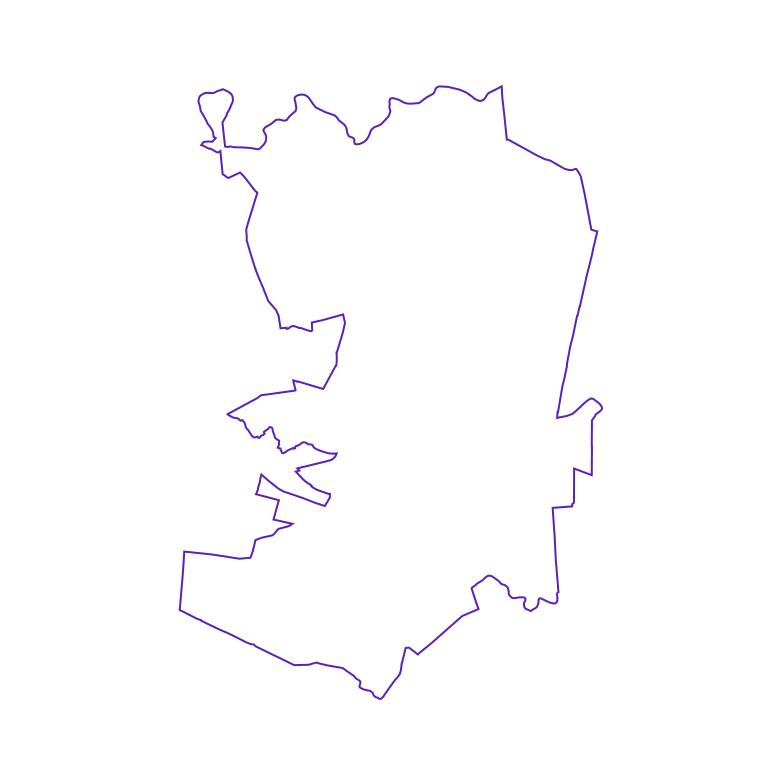 Peris, Ilfov, Romania (Equal Earth projection), rotated 353°
{"feature_id": "2599482B58955255250502", "entity_name": "Peris", "entity_type": "district", "adm_level": 2, "iso_a3": "ROU", "parent_name": "Romania", "parent_adm1": "Ilfov", "projection": "equal_earth", "projection_center": [25.999, 44.686], "detail": "fine", "context": "isolated", "style": "outline", "palette": "violet", "viewbox_px": 768, "rotation_deg": 353, "n_neighbors": 0, "source": "geoboundaries", "source_scale": "gbopen_adm2", "svg_char_len": 6124}
<svg xmlns="http://www.w3.org/2000/svg" viewBox="0 0 768 768"><g transform="rotate(353 384 384)"><path d="M234.3,121.8L231.7,124.6L233.3,125.3L239.1,129.2L240.2,129.1L246.6,133.8L248.2,133.8L250.0,132.8L249.4,156.0L254.5,160.6L266.9,156.6L269.2,159.4L271.5,162.8L279.3,176.1L281.6,178.7L269.3,206.1L266.2,213.6L265.9,215.2L265.8,220.5L265.2,224.8L268.5,244.2L269.9,251.8L270.5,254.0L270.3,254.1L273.0,264.5L275.8,274.1L279.3,287.8L280.1,288.8L285.9,297.5L287.7,303.3L288.1,316.1L294.1,316.3L294.2,317.4L296.2,317.2L297.7,316.1L299.1,315.5L300.7,315.4L302.7,315.9L306.5,318.0L308.6,318.4L315.2,321.7L318.4,322.7L319.4,321.8L319.5,318.6L319.9,314.2L330.3,313.2L351.9,310.0L352.7,318.7L349.4,327.9L341.1,346.8L340.7,346.9L340.6,349.2L340.0,354.8L339.0,359.5L338.4,360.3L338.2,360.2L323.0,381.5L298.4,370.8L298.2,371.1L294.4,369.3L294.4,370.7L295.5,379.3L294.9,379.7L260.6,380.2L256.9,382.4L225.0,394.9L225.1,395.2L229.2,398.3L230.9,399.2L234.7,400.3L237.2,403.0L238.4,402.6L239.3,402.7L241.1,406.2L241.6,410.2L242.5,411.9L243.7,413.4L246.6,419.5L248.1,420.9L249.2,421.3L250.3,421.3L251.8,420.8L253.0,422.2L253.7,422.3L254.2,422.0L255.5,420.5L258.0,419.8L259.4,418.8L258.9,417.1L259.2,416.7L263.7,414.4L264.7,413.2L265.3,412.9L266.3,413.0L267.3,413.6L267.9,415.0L267.9,417.5L268.8,420.8L269.3,424.0L269.8,424.8L271.0,425.9L273.0,427.4L273.0,428.0L272.5,429.5L272.5,431.2L270.8,434.1L271.1,434.6L273.2,435.3L273.5,435.8L273.3,436.6L273.9,437.5L274.0,438.8L274.6,440.2L275.7,440.4L277.6,439.8L280.0,438.4L281.7,437.7L285.4,436.7L285.9,436.4L286.9,437.2L287.5,437.2L288.0,436.9L288.1,436.0L288.4,435.6L289.3,434.7L290.8,434.7L292.8,433.9L294.4,432.9L296.6,432.0L299.5,432.7L301.2,434.5L303.7,435.0L305.0,435.5L305.9,436.4L306.3,438.1L308.7,440.3L311.0,441.7L317.3,444.7L320.4,446.0L325.9,447.1L328.5,447.1L327.1,449.7L325.2,451.4L323.2,452.7L319.8,453.4L287.7,457.2L289.4,459.6L285.8,460.2L292.1,468.9L294.0,471.0L299.6,475.9L299.2,476.4L301.2,478.4L304.6,480.9L315.3,486.2L317.0,486.6L316.3,490.4L310.4,497.9L301.7,493.8L289.5,487.3L270.9,478.3L266.5,475.0L258.2,466.6L251.2,458.9L249.9,462.2L248.8,466.2L246.3,471.9L245.8,473.8L243.5,477.8L265.5,486.5L257.8,505.1L276.1,511.6L272.5,513.4L261.4,515.0L256.8,519.4L255.0,520.5L252.5,520.9L245.1,521.5L242.3,522.0L237.4,523.3L233.4,534.0L230.2,540.2L220.0,539.8L219.7,539.9L192.0,532.1L165.3,526.0L163.3,537.1L160.2,552.6L153.7,583.4L169.6,594.1L173.5,596.0L173.4,596.4L175.5,597.9L189.4,606.8L195.7,610.6L196.0,610.6L204.8,616.2L215.9,623.7L220.3,626.1L223.0,626.6L224.7,628.8L260.6,652.1L275.3,653.5L278.9,652.8L283.6,652.3L284.4,653.0L293.8,656.5L308.4,660.9L312.2,664.5L318.5,670.0L320.3,672.9L323.4,675.3L324.2,676.5L323.9,678.6L322.8,680.9L323.0,682.2L326.0,684.4L330.0,686.0L332.8,686.8L335.1,689.1L335.8,691.8L337.7,693.9L339.7,694.6L340.6,695.7L342.2,696.2L343.8,695.4L345.7,693.7L347.1,691.9L349.0,690.0L351.2,687.4L358.9,679.1L362.0,676.4L364.2,674.0L365.4,671.4L366.2,669.0L367.2,665.1L367.1,664.4L368.1,662.5L373.3,648.7L375.7,648.6L376.8,648.8L384.7,656.6L385.7,655.7L399.5,647.0L433.4,623.8L450.4,618.9L449.0,612.9L446.0,597.5L446.7,596.8L449.6,595.3L452.5,593.2L457.0,591.3L461.1,588.4L463.1,587.3L465.0,587.0L467.5,587.8L473.2,592.9L474.7,594.7L475.5,596.2L476.9,597.2L479.3,598.3L481.6,600.4L482.2,601.8L482.4,603.5L482.3,608.0L482.5,608.5L484.5,611.4L485.9,612.2L486.8,612.4L493.0,612.3L496.3,612.7L497.1,613.0L497.9,613.7L498.2,615.1L497.9,616.2L496.1,618.6L496.0,621.2L496.3,622.7L497.0,624.2L502.1,627.3L504.8,625.7L507.3,624.8L508.9,623.6L510.7,619.8L511.0,617.2L511.7,616.2L512.4,615.6L513.3,615.8L522.0,621.2L526.1,622.7L527.4,622.5L528.3,622.0L529.5,620.5L530.0,618.1L530.1,613.4L531.1,612.1L531.8,611.8L533.1,579.4L534.7,557.6L536.3,527.5L555.9,528.4L556.2,526.1L557.8,525.3L558.2,524.4L562.4,491.1L579.1,499.8L582.9,470.5L582.7,470.4L586.0,445.4L589.0,442.2L590.7,439.9L591.5,439.3L594.6,437.8L597.1,435.6L597.5,434.7L597.5,434.0L596.8,431.8L595.0,429.3L590.0,424.4L588.2,423.7L587.2,423.7L583.9,425.2L579.8,427.9L570.8,434.5L567.4,436.6L561.7,438.0L551.7,438.7L552.8,433.1L553.3,433.1L560.8,408.0L563.4,401.3L567.8,388.4L568.0,386.6L569.7,380.9L570.7,378.2L572.9,370.9L577.5,359.0L583.9,340.0L584.3,340.0L587.7,330.8L587.9,330.9L598.4,301.3L606.4,280.6L607.8,276.1L614.3,258.6L608.7,256.2L608.6,255.8L606.3,220.0L604.6,202.0L603.6,199.1L601.3,194.4L600.7,193.8L597.4,194.5L595.9,194.5L593.8,194.2L589.4,192.4L575.9,182.3L571.3,180.6L564.0,176.0L537.1,156.6L535.7,156.4L536.2,130.4L536.3,114.9L537.1,102.9L532.3,104.8L523.1,108.0L521.1,110.0L519.6,112.2L517.6,114.0L514.9,114.8L512.7,114.5L508.7,112.0L506.4,109.4L500.8,104.4L494.7,101.0L483.8,96.9L475.6,95.4L474.1,95.5L472.4,96.2L471.3,97.2L469.8,100.0L468.4,101.9L461.6,104.5L456.8,107.2L454.6,108.7L452.5,109.4L445.2,109.1L441.1,108.4L438.1,107.1L433.2,103.6L428.4,101.6L426.5,101.2L424.8,101.8L423.8,104.1L423.8,107.3L423.2,108.8L423.0,110.7L423.3,112.0L423.6,114.2L421.9,117.5L420.7,119.3L412.8,125.9L409.7,127.0L405.9,127.9L402.7,129.8L401.2,131.9L400.3,134.1L398.6,136.8L396.3,139.6L393.0,141.6L388.9,142.8L385.8,142.8L384.1,141.8L384.0,139.9L384.4,137.9L383.5,136.0L379.5,134.0L378.4,131.6L378.0,129.0L377.9,125.5L376.8,122.4L371.2,116.6L369.5,113.3L367.7,111.3L359.0,107.1L349.9,101.1L347.5,97.1L344.2,90.7L342.3,88.6L340.1,87.3L337.3,86.6L335.1,86.7L332.9,87.1L330.6,88.4L329.9,90.4L330.5,94.8L330.6,99.8L329.3,102.6L327.0,103.8L322.1,107.5L319.5,110.2L316.8,110.5L313.4,109.1L310.7,108.6L308.2,109.0L306.8,110.2L303.2,112.3L297.2,114.9L295.3,117.0L295.5,118.9L296.5,121.1L297.3,123.6L296.7,127.5L295.4,129.9L294.0,131.5L290.2,134.7L287.8,135.8L279.6,133.3L271.0,131.7L264.4,130.8L260.5,129.5L257.4,129.7L255.2,128.8L255.5,104.9L260.7,97.9L261.0,96.4L263.5,93.4L268.6,84.7L268.8,80.4L267.7,77.4L264.8,74.8L260.1,71.8L259.8,71.8L258.0,72.4L254.9,72.8L251.2,74.2L249.8,74.4L248.7,74.4L244.8,73.5L241.1,73.5L237.5,75.1L236.1,76.2L235.6,77.1L234.5,79.8L234.3,81.6L235.2,86.2L235.3,89.7L235.4,90.9L236.2,92.4L238.5,97.9L239.9,101.6L240.6,104.0L242.5,107.1L244.6,111.4L245.0,113.6L245.0,118.0L247.0,119.4L243.1,122.6L238.7,121.8L234.3,121.8Z" fill="none" stroke="#5b21b6" stroke-width="2"/></g></svg>